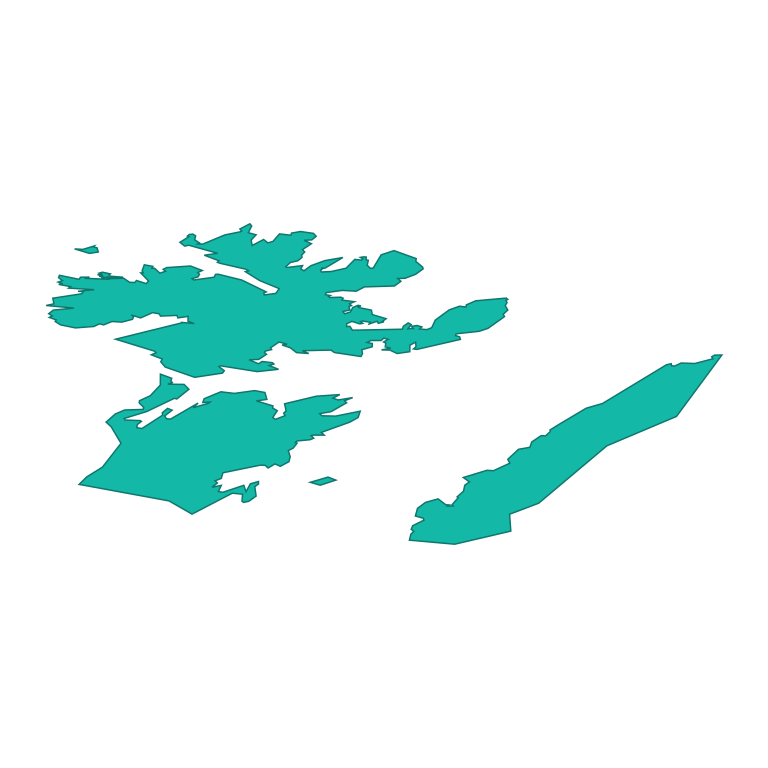 the district of Nordkapp nor, Finnmark, Norway
{"feature_id": "86288312B7407058385806", "entity_name": "Nordkapp nor", "entity_type": "district", "adm_level": 2, "iso_a3": "NOR", "parent_name": "Norway", "parent_adm1": "Finnmark", "projection": "robinson", "projection_center": [25.725, 70.921], "detail": "fine", "context": "isolated", "style": "filled", "palette": "teal", "viewbox_px": 768, "rotation_deg": 0, "n_neighbors": 0, "source": "geoboundaries", "source_scale": "gbopen_adm2", "svg_char_len": 6093}
<svg xmlns="http://www.w3.org/2000/svg" viewBox="0 0 768 768"><path d="M249.9,223.8L239.9,229.0L241.7,231.1L240.3,231.8L224.9,234.9L202.8,244.1L197.6,243.9L199.4,242.9L194.7,239.8L195.6,235.8L192.8,234.1L189.3,234.5L187.4,236.1L188.8,236.8L179.9,242.3L184.8,246.1L188.7,245.2L217.7,253.3L204.3,255.2L219.0,260.8L217.4,262.3L220.1,263.3L245.9,269.2L248.6,270.8L245.4,271.7L259.7,280.6L279.2,288.6L275.9,293.4L264.3,294.9L263.8,293.0L266.2,291.9L241.7,280.0L218.1,274.2L215.5,274.4L214.2,277.2L193.8,280.0L192.0,278.6L198.0,276.9L199.5,274.3L197.8,272.5L202.3,270.5L190.5,266.0L166.7,267.6L163.2,269.3L165.6,271.2L159.9,273.2L154.6,268.3L151.9,268.3L152.9,266.4L144.3,264.8L142.1,270.9L143.2,272.9L140.8,272.9L148.6,281.1L146.1,283.6L136.5,280.5L134.7,282.5L129.6,282.3L123.6,278.2L109.6,278.7L109.0,278.1L107.6,278.0L107.3,277.6L123.1,277.2L110.3,276.2L108.9,275.0L110.3,273.9L102.5,272.2L99.3,273.1L102.2,274.3L97.4,274.7L103.1,275.5L99.1,276.2L104.7,277.5L101.3,277.4L103.9,278.5L105.7,277.2L107.1,277.1L106.5,277.7L108.2,279.3L84.7,278.3L89.5,277.1L80.5,277.2L79.1,279.3L59.4,275.3L58.6,277.7L62.5,280.6L58.2,282.1L62.8,283.7L58.7,284.4L70.6,286.6L68.6,288.1L94.2,289.7L78.0,291.3L83.4,291.6L81.6,293.8L52.8,298.2L53.9,303.8L46.1,305.5L74.0,308.1L53.3,310.1L48.7,313.7L52.2,315.9L49.3,317.4L56.2,319.9L55.2,321.5L60.6,324.9L75.4,327.9L93.8,326.5L99.5,323.8L103.6,324.9L112.0,321.5L121.9,322.1L132.5,319.3L133.7,316.5L131.1,314.9L140.6,317.9L152.6,312.6L159.2,313.8L160.5,316.1L177.0,315.4L177.9,317.9L188.1,316.4L188.0,321.3L194.3,323.6L180.8,322.3L182.0,322.8L115.6,339.2L154.7,351.2L156.0,352.8L151.3,354.8L162.2,359.0L160.8,361.8L165.3,367.1L194.7,377.3L222.5,373.1L224.3,370.7L218.9,366.6L220.6,365.8L257.2,371.6L278.5,369.3L269.1,365.5L273.9,364.0L272.4,362.7L262.0,361.5L258.5,363.8L249.1,359.8L258.7,359.4L266.5,354.3L264.4,352.3L265.2,351.1L271.6,349.6L270.5,347.8L279.1,342.0L287.1,344.2L282.1,345.0L290.2,347.7L296.5,352.6L308.7,353.5L302.3,350.7L331.0,350.1L334.3,352.5L361.0,356.5L362.5,353.7L361.8,349.7L372.2,346.8L372.3,343.5L367.0,342.5L370.8,340.5L381.2,340.5L383.8,338.1L388.1,339.3L383.6,342.0L385.8,343.1L385.2,346.9L390.8,348.1L381.5,349.9L389.9,350.1L397.1,353.5L409.8,351.7L409.9,345.2L415.6,342.2L416.0,346.8L413.5,348.9L416.9,349.4L460.4,339.4L459.6,336.8L455.5,335.6L456.2,333.8L479.2,331.3L487.9,328.4L504.5,316.6L503.2,314.3L507.8,310.0L505.2,305.6L507.0,302.7L505.9,300.3L507.8,299.4L506.2,298.1L475.7,300.8L466.3,304.9L466.0,307.0L459.6,306.2L449.2,309.9L435.3,320.1L431.7,327.7L426.9,329.6L419.6,329.0L421.8,326.9L417.0,325.5L411.4,326.3L413.4,328.5L407.9,328.8L411.2,324.6L408.2,322.9L403.3,326.3L402.4,329.2L352.4,330.2L349.9,326.3L346.6,326.6L346.7,323.7L351.9,321.4L359.8,323.9L362.8,323.3L360.5,321.7L362.3,321.0L370.1,322.2L369.1,324.0L377.0,321.3L378.3,323.3L384.0,321.8L382.3,321.5L386.1,318.7L372.3,314.6L371.4,310.1L358.9,307.6L357.8,306.7L361.0,306.0L358.1,305.3L352.8,307.5L350.4,312.0L344.6,313.8L343.0,311.5L349.8,310.0L349.0,306.4L351.5,305.6L349.5,303.8L354.4,301.7L342.0,300.1L343.1,298.2L340.8,297.2L329.8,297.5L328.5,296.5L330.3,295.5L325.4,294.7L326.2,292.6L342.4,290.4L356.2,291.2L364.5,286.9L394.4,286.0L400.9,281.3L397.7,278.5L405.0,278.3L415.6,274.3L423.1,268.9L422.6,267.0L415.8,261.4L416.2,258.6L394.0,250.6L381.2,254.8L373.2,268.1L370.3,268.3L367.2,265.2L368.3,260.3L366.1,259.9L366.2,257.0L363.1,256.9L360.4,257.4L362.8,258.8L361.5,260.1L354.8,259.4L346.1,268.2L331.3,271.5L321.4,272.0L320.6,270.0L323.2,268.4L321.3,267.9L324.9,268.2L342.9,257.5L324.9,260.6L310.9,265.7L304.0,270.8L300.8,268.9L302.5,265.6L287.0,267.5L285.7,266.7L290.4,262.5L297.8,260.8L302.0,257.4L301.7,255.0L304.7,252.0L302.5,249.6L311.4,243.7L304.1,240.3L311.7,239.9L316.2,236.3L313.5,233.4L300.5,231.5L291.5,233.1L290.8,235.2L279.5,233.9L273.0,241.4L267.9,242.9L263.6,239.5L252.1,245.5L251.2,240.0L256.1,234.8L248.3,232.7L251.7,226.0L249.9,223.8ZM192.0,514.1L232.3,493.2L242.5,494.2L242.0,501.3L243.5,502.4L248.8,501.3L256.1,496.1L254.8,486.7L258.5,484.0L258.5,481.5L250.4,483.8L246.0,491.7L243.8,485.3L222.8,492.3L218.4,491.5L221.3,485.4L212.0,487.2L217.4,483.0L215.0,480.8L221.3,478.4L222.9,472.8L260.5,465.1L265.3,465.4L268.1,468.0L275.0,463.9L280.3,466.3L288.9,461.7L290.2,456.8L288.3,450.6L293.2,448.1L297.1,443.1L295.3,442.5L296.8,441.0L310.2,439.7L313.7,438.2L311.1,435.6L313.2,435.1L324.2,435.1L321.3,432.4L349.9,422.1L358.1,417.5L360.2,411.2L335.7,416.1L321.9,415.8L319.8,413.6L331.0,411.7L346.6,402.8L344.5,400.8L352.7,397.6L338.1,400.0L332.9,398.2L339.8,394.6L316.3,396.2L284.6,403.8L286.1,411.0L283.7,413.2L285.1,415.7L275.2,419.4L272.8,417.5L277.3,410.7L272.7,408.1L272.9,405.9L256.3,400.9L266.9,399.4L264.9,392.5L254.6,390.6L234.4,393.4L220.9,391.8L204.2,398.7L202.8,402.5L210.1,402.1L208.6,403.3L193.1,407.7L198.1,403.1L170.5,419.1L166.4,418.7L164.7,415.9L172.1,410.2L167.6,408.4L162.3,412.8L162.6,415.2L142.0,428.5L136.7,427.7L137.4,424.5L141.4,421.4L140.3,420.6L124.9,420.0L124.1,418.5L146.8,411.5L174.4,398.3L176.8,399.0L188.9,389.3L184.1,384.4L167.8,384.2L172.3,382.6L170.9,380.9L171.7,378.3L160.4,374.1L160.3,385.1L150.2,395.8L139.5,400.7L139.2,402.9L143.7,407.4L143.3,409.4L124.6,410.0L115.3,414.0L106.1,422.1L111.2,426.8L121.0,443.3L102.5,467.1L86.9,476.8L79.1,484.4L169.0,500.9L192.0,514.1ZM721.9,355.0L714.6,355.1L711.7,356.8L712.9,358.8L694.8,363.5L681.2,363.0L674.8,366.0L671.6,365.8L671.2,363.7L666.4,364.8L602.5,403.5L586.2,408.2L559.0,424.4L550.0,430.0L550.3,431.6L545.4,436.0L541.2,435.6L531.7,442.0L529.9,447.3L518.5,449.3L507.8,459.3L509.8,463.2L493.5,470.7L487.0,470.3L463.3,477.5L469.4,481.9L464.8,485.2L463.5,491.2L457.1,496.9L458.1,497.9L452.1,504.6L453.2,506.0L447.7,506.1L449.3,505.0L445.7,504.7L438.1,498.9L425.5,502.4L417.5,508.4L415.4,516.0L423.2,518.2L424.0,520.1L412.7,525.7L411.2,529.3L413.8,531.5L410.9,534.1L409.4,540.2L454.7,544.2L510.8,531.1L509.6,514.2L538.7,503.2L606.9,445.8L676.5,416.4L721.9,355.0ZM335.8,480.1L328.0,477.1L310.3,482.3L320.2,485.2L335.8,480.1ZM93.5,246.9L94.4,245.9L82.9,249.4L74.6,248.9L89.5,253.4L98.3,252.0L97.0,247.8L93.5,246.9Z" fill="#14b8a6" stroke="#0f766e" stroke-width="1.5"/></svg>